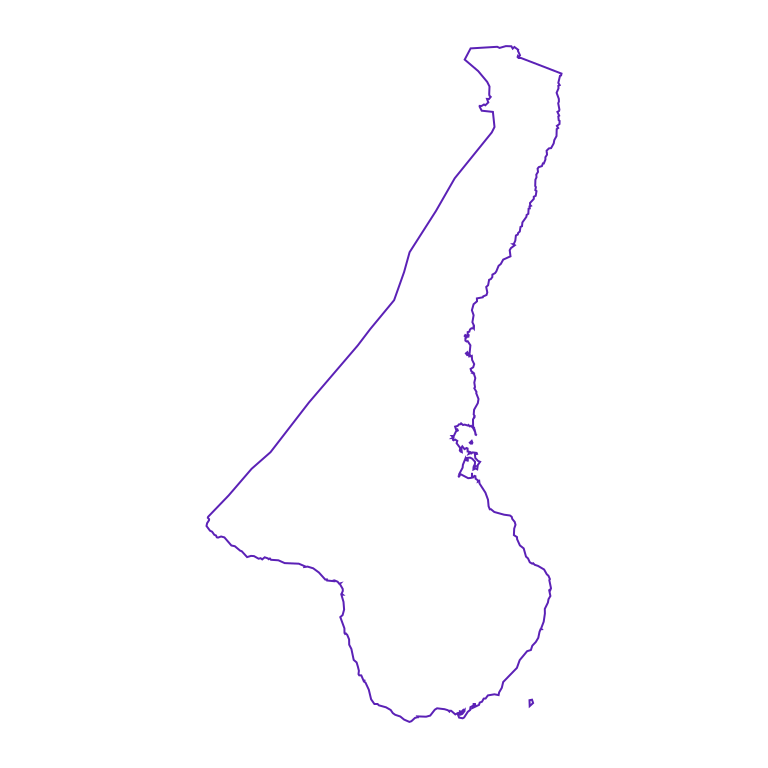 outline of Negros Oriental, Negros Oriental, Philippines
{"feature_id": "2640588B56610026740587", "entity_name": "Negros Oriental", "entity_type": "district", "adm_level": 2, "iso_a3": "PHL", "parent_name": "Philippines", "parent_adm1": "Negros Oriental", "projection": "albers", "projection_center": [123.112, 9.739], "detail": "fine", "context": "isolated", "style": "outline", "palette": "violet", "viewbox_px": 768, "rotation_deg": 0, "n_neighbors": 0, "source": "geoboundaries", "source_scale": "gbopen_adm2", "svg_char_len": 6096}
<svg xmlns="http://www.w3.org/2000/svg" viewBox="0 0 768 768"><path d="M206.5,526.0L210.0,530.7L212.1,531.7L214.3,534.8L216.0,535.5L216.8,537.3L218.0,537.6L221.1,536.5L224.4,537.4L231.4,545.5L234.8,546.2L240.2,550.7L241.7,551.2L247.1,557.1L251.0,555.9L254.0,556.1L258.6,558.7L260.6,558.2L262.2,559.4L264.7,557.3L267.7,558.3L269.3,559.7L269.0,558.9L269.9,558.5L271.0,559.8L278.4,560.3L284.7,563.1L298.8,563.7L304.7,566.2L304.4,567.0L307.6,566.6L313.2,568.3L318.9,572.5L325.3,579.6L326.9,579.4L327.1,580.5L334.0,581.2L333.8,580.5L334.5,580.4L337.6,581.7L339.2,583.7L340.3,583.4L339.8,583.9L342.7,588.9L342.8,591.0L341.6,593.7L342.8,594.7L341.4,594.7L343.5,601.9L344.1,609.6L342.6,615.1L340.3,617.1L344.4,628.3L344.5,633.0L345.1,633.9L345.8,633.4L346.5,633.3L345.9,633.6L347.2,634.8L349.1,639.4L349.2,644.7L351.4,649.0L353.7,659.9L356.6,662.4L357.9,666.7L358.9,670.8L358.5,674.1L359.2,675.3L361.3,675.4L363.3,680.1L364.4,680.5L363.9,681.5L365.5,682.6L368.8,689.7L371.1,699.3L374.4,704.0L377.6,704.0L378.8,705.3L386.0,707.3L390.7,710.0L392.8,713.1L395.2,714.8L400.3,716.5L404.1,719.6L409.4,721.9L411.4,721.2L415.0,717.9L417.9,717.1L418.8,717.6L417.8,716.4L426.1,716.7L430.2,715.6L434.8,709.7L437.1,708.3L444.5,709.2L447.8,710.2L449.4,711.6L449.9,710.7L451.2,710.8L455.3,714.4L458.1,712.9L460.4,713.3L461.2,712.8L459.9,712.1L459.9,711.3L461.5,711.7L463.4,709.8L464.1,710.4L464.6,709.9L464.5,711.1L462.3,713.9L460.4,714.7L457.9,714.5L459.1,717.6L462.7,718.3L464.1,717.5L467.8,711.8L470.1,710.0L470.5,707.1L473.4,705.6L473.6,704.0L475.0,704.0L475.2,705.1L474.6,706.7L474.1,706.9L473.9,706.6L473.5,706.8L472.9,707.8L479.0,704.9L479.7,702.6L482.0,701.7L483.7,698.6L485.6,698.5L487.9,695.4L494.4,694.3L498.6,695.1L499.1,692.4L501.8,687.8L503.2,682.0L516.9,667.9L519.7,660.1L527.1,651.2L530.9,650.0L532.3,645.7L535.8,642.0L538.3,637.8L539.5,631.9L540.5,629.3L541.7,629.2L541.1,628.5L543.7,621.7L544.9,613.5L544.8,608.9L547.9,602.6L548.5,599.2L550.4,596.0L549.2,590.2L549.8,589.7L550.3,590.1L551.0,588.3L549.3,580.1L549.9,579.1L548.4,575.7L546.8,574.3L544.1,569.5L538.0,565.9L534.7,564.8L533.1,563.2L532.2,563.7L529.8,562.3L528.0,558.4L526.0,556.6L523.7,548.4L519.9,545.4L517.1,539.2L517.0,537.1L513.9,535.1L514.2,528.6L515.5,524.8L514.7,521.9L512.3,519.0L511.7,516.8L510.0,515.5L504.1,514.7L494.3,512.0L490.9,509.2L489.8,509.3L488.6,506.3L488.0,499.7L485.4,492.6L479.5,483.5L479.2,480.9L477.9,481.6L478.1,480.5L475.6,478.7L475.4,476.2L474.4,475.9L473.0,477.5L472.0,477.6L472.0,472.8L471.9,477.4L471.1,477.9L468.2,478.2L461.0,474.4L460.1,474.7L459.2,476.5L458.0,476.7L459.4,475.8L459.1,474.3L462.6,467.7L462.9,464.8L465.5,458.3L466.0,460.1L467.2,460.5L467.3,459.8L467.8,460.3L467.9,460.0L467.2,457.9L470.1,457.6L472.2,458.7L475.0,461.7L474.9,464.2L474.0,465.9L475.6,466.1L473.5,467.7L473.4,469.5L475.5,468.5L477.2,469.3L477.8,465.0L480.1,461.8L478.0,460.9L475.3,458.0L474.9,454.4L477.0,453.9L476.6,452.9L472.7,452.4L471.3,453.5L470.1,453.2L470.7,451.2L470.0,453.3L468.7,453.9L469.3,452.7L468.7,451.6L467.6,451.5L467.6,448.5L466.6,448.0L464.5,449.1L462.3,446.4L461.3,448.0L461.8,452.1L460.5,451.5L459.8,450.5L460.2,447.8L459.4,447.8L460.0,447.7L456.6,443.2L457.3,440.9L455.0,439.5L453.6,440.3L453.0,439.9L453.1,438.1L452.3,438.1L453.3,437.5L451.9,436.0L453.8,436.0L456.0,431.4L457.8,430.5L457.3,429.3L456.0,429.4L455.1,426.6L457.7,425.9L458.9,424.4L460.6,424.2L461.1,423.4L463.0,425.0L464.7,424.6L468.0,425.6L468.5,425.0L469.9,426.4L471.0,425.8L473.1,428.0L475.1,431.9L475.5,434.6L476.8,435.4L475.8,434.6L474.5,429.2L473.7,428.6L474.0,427.6L473.1,427.1L473.0,419.3L474.5,417.3L474.4,417.0L473.8,417.1L473.3,416.8L474.0,416.9L474.7,416.0L473.7,414.5L474.1,409.7L477.8,403.2L478.5,399.0L476.2,393.1L476.5,392.0L474.3,388.2L475.0,387.1L474.3,382.6L475.3,378.1L473.9,373.8L472.7,373.2L473.5,372.9L471.2,371.0L470.6,368.9L473.2,367.3L474.2,364.1L472.1,359.9L471.8,356.0L471.2,356.3L470.2,355.2L470.0,356.3L469.2,356.4L469.2,354.6L467.2,355.1L465.9,353.4L467.3,352.2L468.0,353.8L469.6,353.2L470.4,345.3L467.7,341.2L466.6,341.5L465.4,340.6L465.4,338.3L466.4,337.6L464.7,336.0L465.3,335.0L468.4,336.5L468.7,335.1L467.7,334.3L467.7,332.1L469.3,331.7L470.0,329.5L471.4,328.3L473.3,328.4L473.4,327.7L473.9,328.4L474.0,325.7L472.4,322.2L473.6,315.2L471.9,310.2L473.6,304.2L477.0,301.3L476.9,298.4L482.8,297.3L483.2,296.4L486.5,295.0L487.3,292.4L486.2,287.0L488.1,285.2L489.1,279.8L490.8,279.1L492.3,277.1L492.4,274.6L495.1,273.1L496.3,271.4L498.6,265.8L500.8,264.0L503.2,259.6L510.5,256.3L509.7,250.2L510.9,248.1L514.8,245.2L513.0,244.1L513.8,244.0L515.3,240.6L515.9,235.5L517.8,234.5L518.1,233.0L519.8,231.5L520.5,226.9L522.0,226.2L522.4,222.4L526.4,216.8L526.6,215.0L528.3,213.8L528.6,208.7L529.8,208.4L529.5,206.4L530.9,205.8L530.1,205.0L530.0,203.0L533.8,198.9L533.8,196.7L535.7,195.8L536.5,191.1L535.3,190.1L535.9,187.1L535.2,186.0L535.4,179.7L536.5,177.3L536.3,174.6L538.0,171.9L537.6,168.6L538.8,167.1L541.9,166.1L542.9,163.4L543.8,163.5L545.4,159.6L545.4,157.2L547.0,154.7L546.8,152.0L547.3,151.8L546.7,151.9L546.6,150.7L548.9,148.4L551.1,148.1L553.7,143.4L554.3,140.1L556.5,136.1L556.7,129.1L558.2,128.0L556.9,125.9L559.5,124.0L559.6,120.9L558.7,120.2L558.3,116.4L559.2,115.7L557.4,111.9L559.1,110.9L559.4,109.6L558.2,103.2L558.9,101.6L558.8,98.8L556.6,92.8L558.5,88.3L558.3,85.8L559.7,85.1L558.3,82.9L560.0,75.8L561.1,75.4L561.5,73.6L521.0,58.0L518.6,58.0L517.6,57.0L517.9,56.1L518.7,57.1L520.0,55.3L517.9,50.8L518.2,49.8L514.4,47.0L512.7,48.6L511.4,46.3L505.9,46.1L499.6,47.9L497.2,46.8L470.6,48.4L464.7,59.6L478.2,71.1L487.2,81.9L489.5,86.5L489.2,94.1L489.4,95.6L490.7,96.9L489.0,99.0L487.0,98.9L488.3,102.4L485.3,105.3L484.0,104.5L481.5,106.0L479.7,105.9L479.6,106.6L481.7,110.7L492.9,111.9L494.5,127.0L491.8,132.4L454.7,178.3L436.0,210.9L409.6,252.2L404.1,272.0L394.1,300.2L370.2,329.1L357.8,345.4L309.0,402.4L270.5,452.2L251.6,468.8L228.7,495.4L208.1,516.8L207.8,517.8L209.1,519.2L209.0,520.3L207.1,523.2L206.5,526.0ZM532.0,699.7L529.5,700.2L529.7,706.1L533.1,703.0L532.0,699.7ZM471.7,440.9L469.8,442.7L470.7,443.6L472.0,443.6L472.4,442.7L471.7,440.9Z" fill="none" stroke="#5b21b6" stroke-width="2"/></svg>